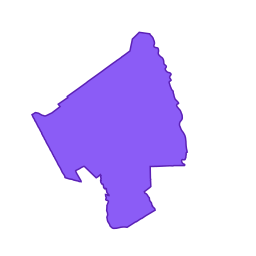 La Gomera, Escuintla, Guatemala (Equal Earth projection), rotated 135°
{"feature_id": "79465075B56387033973668", "entity_name": "La Gomera", "entity_type": "district", "adm_level": 2, "iso_a3": "GTM", "parent_name": "Guatemala", "parent_adm1": "Escuintla", "projection": "equal_earth", "projection_center": [-91.137, 14.084], "detail": "fine", "context": "isolated", "style": "filled", "palette": "violet", "viewbox_px": 256, "rotation_deg": 135, "n_neighbors": 0, "source": "geoboundaries", "source_scale": "gbopen_adm2", "svg_char_len": 5427}
<svg xmlns="http://www.w3.org/2000/svg" viewBox="0 0 256 256"><g transform="rotate(135 128 128)"><path d="M200.1,60.1L198.8,58.4L188.8,56.2L188.4,55.8L182.8,54.7L182.3,54.3L177.5,53.4L166.9,50.7L166.1,52.1L166.1,55.5L165.7,55.7L165.5,56.7L164.4,58.5L163.9,61.5L162.3,63.6L162.2,65.1L161.7,67.0L161.6,68.5L162.1,70.0L161.5,71.4L154.6,70.5L153.2,70.5L149.1,75.0L149.0,75.3L148.4,75.5L147.7,76.6L139.5,85.1L137.3,82.9L136.6,82.2L136.2,82.0L135.3,81.0L124.9,71.5L123.0,69.4L122.3,69.1L114.6,61.5L114.2,61.6L113.8,62.0L113.8,62.6L114.0,63.0L114.2,63.5L114.3,64.2L114.3,64.6L114.2,65.2L114.1,65.6L114.0,66.0L113.8,66.2L113.6,66.5L113.4,66.8L113.0,67.2L112.7,67.3L112.2,67.3L111.8,67.2L111.6,66.9L111.3,66.4L110.9,65.9L110.6,65.7L110.1,65.4L109.8,65.4L109.6,65.6L109.1,65.9L108.8,66.0L108.4,66.0L108.0,66.2L107.7,66.5L107.4,66.7L107.0,67.2L106.6,67.4L106.3,67.6L105.9,67.9L105.5,68.2L105.3,68.5L105.1,68.7L104.6,69.1L104.2,69.3L103.8,69.3L103.5,69.3L103.2,69.1L102.8,69.7L102.2,70.5L101.5,71.7L99.6,74.2L98.0,76.0L96.6,77.5L95.9,78.4L95.1,79.4L94.3,80.4L93.6,81.6L93.1,82.5L92.7,83.7L92.3,85.1L92.0,86.6L91.8,88.1L91.5,89.2L91.3,89.8L90.3,92.0L89.9,93.1L89.5,93.7L89.0,94.2L88.6,94.6L87.8,95.1L86.9,95.5L86.1,95.6L85.3,95.7L84.7,95.8L83.9,95.9L83.3,96.2L82.9,96.4L82.5,96.7L81.8,97.5L80.9,98.5L80.4,99.3L79.9,100.5L79.8,100.8L79.5,101.4L79.1,102.2L78.8,103.1L78.6,103.8L78.5,104.8L78.5,105.6L78.4,106.6L78.3,107.4L78.3,107.8L78.2,108.4L78.0,108.9L77.8,109.3L77.6,109.7L77.2,109.9L76.7,110.1L76.4,110.1L76.1,110.0L75.6,109.8L75.2,109.6L74.9,109.6L74.6,109.9L74.4,110.6L74.4,111.0L74.3,111.7L74.3,112.6L74.3,113.4L74.3,114.2L74.3,114.8L74.1,115.5L73.5,116.8L73.1,117.6L72.5,118.5L71.9,119.4L71.3,120.6L70.8,121.3L70.3,121.8L70.1,122.1L70.0,122.4L70.0,122.9L70.0,123.2L70.0,123.7L70.0,124.1L69.7,125.0L69.2,126.1L68.8,127.2L68.5,127.7L68.2,128.4L67.9,129.0L67.4,129.8L67.1,130.5L66.8,131.0L66.5,131.3L66.2,131.5L65.8,131.5L65.5,131.5L65.1,131.4L64.7,131.4L64.2,131.3L63.8,131.3L63.5,131.8L63.4,132.1L63.3,132.6L63.2,133.3L63.0,134.0L62.7,134.4L62.4,134.6L62.2,134.8L61.9,134.9L61.5,135.0L61.1,135.1L60.6,135.2L60.3,135.2L59.7,135.4L59.4,135.8L59.3,136.4L59.3,137.0L59.4,137.4L59.7,138.0L60.0,138.5L60.3,138.9L60.5,139.3L60.6,139.7L60.7,140.6L60.7,141.1L60.6,141.8L60.5,142.5L60.2,143.0L60.0,143.3L59.8,143.6L59.2,143.8L58.6,143.8L58.2,143.9L57.8,144.1L57.5,144.3L57.3,144.6L57.1,145.2L57.2,145.9L57.2,146.5L57.3,147.0L57.3,147.4L57.2,147.7L57.0,148.3L56.7,148.6L56.4,149.0L56.0,149.4L55.6,149.9L55.2,150.4L55.0,150.8L54.7,151.3L54.5,151.8L54.3,152.5L54.2,152.9L54.2,153.2L54.2,153.6L54.2,154.0L54.3,154.5L54.4,154.9L54.5,155.4L54.5,155.9L54.5,156.4L54.5,157.1L54.5,157.5L54.4,158.3L54.2,158.7L54.1,159.0L53.9,159.3L53.5,159.7L53.0,160.1L52.7,160.3L52.4,160.5L51.8,160.9L51.5,161.4L50.9,162.1L50.5,162.9L50.4,163.5L50.6,163.9L50.8,164.3L51.0,164.6L51.4,165.0L51.6,165.4L51.8,165.8L51.9,166.2L52.1,166.6L52.1,167.1L51.8,167.6L51.5,168.0L51.3,168.1L50.9,168.3L50.4,168.5L50.0,168.7L49.6,169.0L49.2,169.3L48.7,170.0L48.2,170.7L47.7,171.8L47.3,172.8L46.9,173.5L46.7,174.0L46.6,174.5L46.5,175.2L46.4,175.6L46.4,176.2L46.4,177.1L46.4,177.5L46.3,178.2L46.3,178.5L46.2,178.9L46.0,179.2L52.4,187.7L57.3,187.7L62.0,187.8L64.8,185.9L68.7,183.4L72.1,181.1L72.9,181.2L79.6,182.2L82.2,182.7L82.6,182.6L86.2,183.2L88.0,183.6L89.6,183.8L93.6,184.5L103.2,186.0L105.4,186.3L114.7,187.8L123.6,189.3L125.8,189.5L133.9,190.8L135.8,191.1L146.4,192.9L148.7,193.3L148.8,193.2L149.2,192.0L150.4,192.3L152.5,192.7L160.5,194.2L160.7,192.8L160.9,191.2L161.5,191.2L171.2,192.5L173.4,193.3L176.1,194.2L177.4,194.7L178.1,195.1L178.7,195.9L178.8,196.1L178.9,196.5L179.2,196.9L179.8,198.0L180.4,200.2L180.6,201.0L180.8,201.7L181.5,202.8L182.5,204.3L182.9,204.5L184.1,204.7L185.0,204.9L185.5,205.1L186.5,205.3L186.7,204.6L187.6,202.4L187.9,200.8L188.8,198.6L188.8,197.9L190.8,191.8L190.9,190.9L192.0,187.6L192.5,185.4L193.0,185.1L193.4,183.5L193.8,182.5L194.1,180.9L194.8,179.3L195.1,177.7L196.0,175.4L197.7,169.3L198.4,167.5L198.9,165.0L199.8,162.7L199.9,162.0L200.6,160.3L200.6,159.5L201.2,158.0L202.2,154.4L203.2,151.7L204.2,147.5L205.8,143.1L206.4,139.8L207.0,138.2L207.5,137.7L207.5,137.2L205.4,133.3L203.7,131.0L203.3,129.8L201.9,127.5L200.7,125.7L200.4,124.7L199.1,123.2L198.6,123.9L196.3,132.5L195.4,134.7L194.9,134.8L191.0,133.5L189.0,133.1L186.5,132.2L186.0,131.6L185.7,115.3L183.9,114.8L180.5,114.6L180.6,114.2L180.7,113.9L180.7,113.4L181.2,113.1L181.6,113.1L181.8,113.0L182.1,112.6L182.3,112.1L182.4,111.6L182.7,111.3L183.1,111.3L183.4,111.1L183.7,110.7L183.9,110.3L184.0,110.0L184.4,109.9L184.6,110.1L184.9,109.8L185.1,109.3L185.4,109.1L185.6,108.8L185.7,108.4L185.8,107.8L186.0,107.3L186.1,106.8L185.9,106.5L185.5,106.2L185.6,105.5L186.0,105.0L186.3,104.5L186.6,104.0L186.8,103.7L187.3,103.2L187.4,102.7L187.4,102.1L187.5,101.6L187.3,101.2L186.9,101.3L186.5,101.2L186.3,100.8L186.3,100.2L186.6,99.9L186.9,99.7L187.2,99.4L187.5,98.9L187.6,98.4L187.9,98.1L188.2,98.0L188.4,97.6L188.5,97.0L188.8,95.5L188.8,94.2L189.2,93.7L189.9,94.5L189.9,95.6L190.9,96.9L191.9,95.7L192.7,94.0L194.1,93.4L194.4,93.0L194.4,92.2L193.7,91.3L193.7,90.2L194.0,89.7L197.9,88.0L198.4,87.4L200.4,85.6L201.3,84.9L201.7,84.3L202.1,83.4L202.4,82.7L203.8,80.9L206.0,79.9L208.0,77.0L208.5,75.9L209.1,73.2L210.0,71.1L209.8,68.3L209.1,67.1L206.8,65.1L206.3,64.8L203.8,63.2L203.4,63.0L203.0,62.7L202.6,62.4L201.4,61.4L200.1,60.1Z" fill="#8b5cf6" stroke="#5b21b6" stroke-width="1.5"/></g></svg>